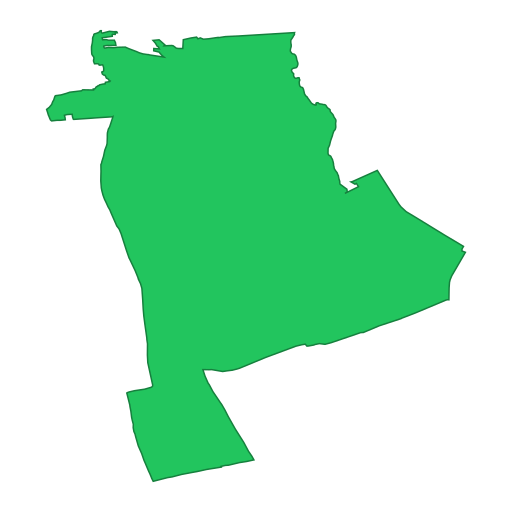 the district of Tepu, Galati, Romania
{"feature_id": "2599482B67862311598500", "entity_name": "Tepu", "entity_type": "district", "adm_level": 2, "iso_a3": "ROU", "parent_name": "Romania", "parent_adm1": "Galati", "projection": "albers", "projection_center": [27.372, 45.972], "detail": "fine", "context": "isolated", "style": "filled", "palette": "green", "viewbox_px": 512, "rotation_deg": 0, "n_neighbors": 0, "source": "geoboundaries", "source_scale": "gbopen_adm2", "svg_char_len": 5793}
<svg xmlns="http://www.w3.org/2000/svg" viewBox="0 0 512 512"><path d="M459.5,262.5L465.4,252.3L462.0,251.0L462.0,249.0L463.5,246.4L444.4,235.0L414.4,216.6L406.2,211.7L400.9,206.8L399.0,204.3L377.3,170.4L352.3,181.6L351.0,181.9L355.0,184.2L356.4,183.4L358.5,186.7L344.9,193.4L347.4,191.8L347.1,190.9L346.9,189.2L340.0,184.1L339.7,182.6L339.8,182.2L339.7,181.2L339.0,179.0L338.6,177.1L338.4,175.7L337.8,174.6L337.1,172.7L335.9,171.2L335.1,170.0L334.4,168.8L334.1,167.8L334.0,166.8L333.6,165.4L333.5,163.7L333.1,161.8L332.8,160.9L332.5,159.6L331.1,157.1L331.0,156.6L330.7,156.2L329.8,155.6L329.0,155.3L328.3,154.4L328.0,153.2L328.1,148.3L329.5,145.3L330.5,141.2L331.1,139.3L332.4,135.7L332.8,134.0L333.8,131.2L334.9,129.9L335.4,129.0L335.8,127.1L335.6,123.3L335.9,121.4L335.9,120.3L335.7,119.6L334.7,118.1L334.1,117.3L333.6,116.0L333.1,114.9L332.7,114.3L330.6,112.0L330.2,111.1L330.1,110.8L330.1,109.9L329.9,109.6L329.5,109.2L327.9,108.1L327.6,107.8L326.9,107.1L326.6,106.4L325.9,105.4L325.5,105.0L324.5,104.6L323.5,104.6L322.0,104.2L319.9,103.9L319.3,103.8L319.0,103.6L318.3,102.9L317.6,102.7L316.6,102.8L316.2,103.0L315.9,103.8L316.3,104.6L316.3,104.8L315.6,105.1L315.3,105.1L313.1,104.3L311.9,103.5L311.3,103.0L310.9,102.4L309.1,99.8L308.1,98.6L307.1,96.9L305.9,96.0L304.6,94.1L303.8,90.8L303.5,89.4L303.3,88.9L303.1,88.7L302.7,87.8L302.6,87.6L301.0,87.1L300.7,86.9L300.2,86.4L299.7,85.7L299.5,84.9L299.3,83.6L299.2,81.9L299.8,80.0L299.4,79.0L299.2,78.4L299.2,77.9L298.9,77.8L298.1,77.7L296.1,78.3L295.7,78.3L295.1,78.1L294.6,77.7L294.1,77.0L293.8,76.5L293.6,75.8L293.6,75.1L293.7,73.8L292.1,72.1L291.8,71.4L291.5,70.6L291.6,69.8L291.7,69.4L293.2,68.3L295.3,67.9L296.5,67.5L296.7,67.2L297.3,66.3L297.7,65.1L297.9,64.2L297.9,63.4L297.7,62.4L296.9,60.2L296.3,57.1L295.8,55.9L295.5,55.3L294.3,54.2L292.9,53.9L292.2,53.6L291.6,53.2L291.0,52.1L290.6,51.8L290.4,51.3L290.3,50.5L290.4,49.6L290.7,48.1L291.1,46.9L291.2,46.1L291.2,44.8L290.9,43.3L290.8,42.1L290.8,41.1L290.9,40.2L291.2,39.5L291.9,38.7L292.2,38.1L292.5,37.7L292.9,37.1L293.6,35.7L294.4,34.7L294.5,34.3L294.3,33.0L294.5,32.6L238.5,36.0L229.6,36.4L225.4,36.6L218.2,37.7L218.1,37.4L208.5,38.8L203.4,39.2L200.3,37.9L197.9,38.8L196.6,37.1L190.8,38.0L183.3,39.7L182.8,48.5L178.6,48.5L176.3,48.2L174.7,46.9L173.0,45.7L171.5,45.5L164.1,45.8L164.9,44.9L159.1,39.8L153.0,40.4L155.3,43.0L156.5,45.0L157.4,46.5L158.3,46.6L159.4,48.9L153.8,48.5L153.7,50.8L159.1,52.1L160.3,53.6L161.9,55.3L164.0,57.1L153.4,55.5L149.4,54.9L148.6,54.6L147.1,54.5L143.0,53.9L139.3,52.8L136.6,51.6L128.9,48.7L125.3,47.1L117.0,47.3L113.9,47.7L108.2,47.5L104.8,48.1L104.4,48.0L104.3,47.9L104.0,47.3L103.7,46.2L104.0,45.9L107.4,45.4L109.0,45.5L115.9,45.3L115.4,42.3L114.8,41.4L114.4,40.2L108.3,40.2L106.3,39.6L102.7,39.8L102.4,39.3L102.2,37.8L112.3,36.3L112.2,34.7L112.4,34.3L115.2,34.4L115.2,33.1L117.3,32.8L117.1,32.2L116.6,31.7L116.0,31.6L114.9,31.7L113.5,31.7L109.4,31.3L102.5,33.1L101.8,32.9L101.4,32.4L101.2,31.8L101.3,30.7L100.3,30.7L99.0,32.2L98.4,32.6L95.9,33.5L94.7,33.8L93.9,34.3L93.7,35.2L93.6,35.8L92.8,37.2L92.8,37.9L92.6,38.2L92.6,40.2L92.3,43.0L91.5,46.7L91.5,49.4L91.7,53.2L91.9,54.4L92.3,55.1L93.7,57.0L93.8,57.6L93.9,58.6L93.9,59.0L93.7,59.4L93.5,60.4L93.6,61.5L94.5,63.8L96.8,63.7L98.1,63.8L98.8,64.2L99.2,65.1L100.3,65.1L102.4,64.8L102.8,65.0L103.5,67.1L103.7,68.2L103.7,70.3L103.7,70.7L103.5,71.1L103.3,71.3L102.8,71.6L102.1,71.7L101.9,71.9L101.8,72.3L102.1,72.9L102.2,73.8L102.7,74.3L103.8,75.1L105.0,75.3L105.7,76.5L106.3,78.0L106.6,78.3L107.2,78.4L107.9,78.8L108.2,79.2L109.0,80.3L110.2,81.0L109.7,81.6L105.4,82.3L105.2,83.8L102.8,84.1L99.7,84.8L99.1,85.4L98.6,85.6L98.1,85.6L97.6,86.2L97.4,86.4L96.9,86.5L96.2,86.9L95.2,88.4L94.6,88.9L93.3,89.0L93.5,90.0L82.7,89.8L81.5,90.8L69.8,92.2L66.3,93.4L61.1,94.9L57.7,95.4L55.8,95.6L55.1,96.0L54.6,97.2L53.7,100.1L52.9,101.3L52.3,102.7L51.7,104.4L49.3,107.3L46.6,109.4L47.8,113.1L48.3,114.9L49.1,116.7L49.7,118.3L50.5,120.0L51.6,120.9L57.1,120.3L60.4,120.3L65.3,119.8L65.0,117.4L64.4,115.3L66.8,114.6L69.3,114.4L72.2,114.3L72.3,115.6L72.6,117.1L73.0,118.3L73.3,119.2L73.6,119.4L90.0,118.3L96.8,117.8L112.3,116.8L112.9,116.5L112.6,117.8L110.1,125.5L109.4,127.4L108.4,129.0L107.4,132.9L107.3,135.0L107.3,137.5L107.1,143.3L106.7,145.2L106.1,146.8L104.8,150.2L103.5,156.4L101.8,161.8L101.6,163.0L100.9,164.6L101.0,171.5L100.9,175.4L100.8,180.9L101.3,187.9L101.9,190.9L103.0,195.1L104.5,199.2L106.3,202.9L108.1,206.9L109.8,209.8L111.1,213.0L116.8,226.0L118.3,227.9L119.2,229.2L119.5,229.9L121.1,233.7L126.5,250.6L129.1,258.1L129.5,258.7L135.2,270.7L138.5,278.9L138.3,279.0L140.5,283.6L141.9,288.4L142.7,299.6L143.2,308.9L143.8,315.9L144.8,323.6L146.8,337.9L146.9,339.7L147.5,343.8L147.4,355.1L147.8,362.7L152.7,385.1L152.5,386.3L151.5,387.2L144.6,389.2L134.5,390.7L129.0,392.0L127.4,392.6L126.8,393.0L129.8,405.0L130.0,406.7L130.9,411.4L131.6,417.2L132.3,420.5L133.3,424.2L133.2,427.7L133.9,431.5L135.0,434.0L135.7,436.8L138.3,445.9L141.7,453.6L144.0,460.3L145.2,463.0L148.7,471.3L149.8,473.6L151.3,477.2L151.6,478.1L152.2,479.3L153.2,481.3L167.6,477.6L172.1,476.9L181.7,474.4L199.2,471.1L206.3,469.5L221.3,467.1L221.0,466.4L225.4,465.4L228.5,465.2L239.4,462.6L246.6,461.5L253.9,459.9L251.8,456.1L248.5,451.3L243.8,442.5L235.2,428.9L228.2,416.5L225.0,410.2L221.9,404.8L220.2,402.4L212.9,391.6L209.3,384.8L208.1,383.1L205.0,376.1L202.9,369.6L209.2,369.7L211.7,369.6L222.7,371.5L227.3,370.8L232.3,370.2L237.4,368.9L239.6,368.2L265.7,357.4L295.8,346.2L302.0,344.7L305.3,344.2L306.9,346.1L308.4,346.0L313.9,345.0L315.0,344.5L319.4,343.6L325.0,344.3L331.1,342.7L360.7,332.6L363.3,332.5L379.2,325.8L401.1,318.6L401.7,318.2L415.2,313.0L445.9,300.1L447.5,299.7L448.9,299.8L449.1,287.9L449.5,282.3L449.8,281.1L450.1,279.8L450.8,278.1L451.8,275.7L459.5,262.5Z" fill="#22c55e" stroke="#15803d" stroke-width="1.5"/></svg>